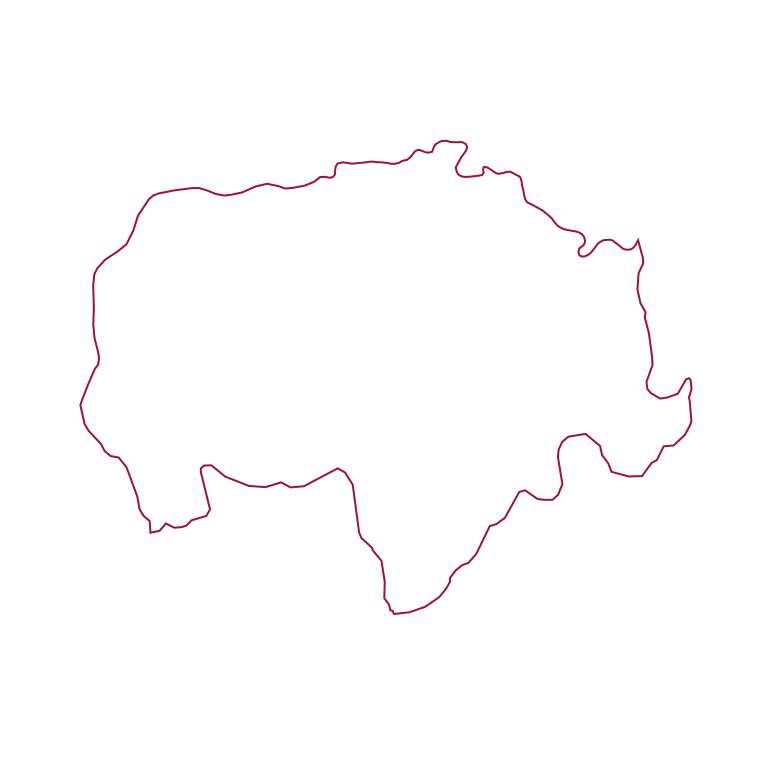 San Manuel Chaparrón, Jalapa, Guatemala, rotated 170°
{"feature_id": "79465075B10388039742951", "entity_name": "San Manuel Chaparrón", "entity_type": "district", "adm_level": 2, "iso_a3": "GTM", "parent_name": "Guatemala", "parent_adm1": "Jalapa", "projection": "natural_earth1", "projection_center": [-89.778, 14.534], "detail": "fine", "context": "isolated", "style": "outline", "palette": "rose", "viewbox_px": 768, "rotation_deg": 170, "n_neighbors": 0, "source": "geoboundaries", "source_scale": "gbopen_adm2", "svg_char_len": 3492}
<svg xmlns="http://www.w3.org/2000/svg" viewBox="0 0 768 768"><g transform="rotate(170 384 384)"><path d="M685.8,396.5L683.0,389.1L673.1,374.0L670.7,366.4L665.7,360.5L658.0,357.6L652.0,346.6L646.5,316.0L646.5,303.0L643.6,295.8L638.6,289.8L639.8,278.1L630.5,278.4L623.0,284.5L615.5,278.9L608.3,278.2L603.2,278.9L597.1,283.2L582.0,284.9L577.1,290.7L579.7,329.4L579.0,332.7L575.3,334.9L568.1,333.9L556.5,320.4L534.8,307.1L518.7,303.0L502.4,305.0L494.0,298.4L480.6,297.2L444.3,309.0L437.7,303.6L432.3,290.3L434.3,242.0L433.0,236.3L424.2,224.7L424.0,222.3L417.2,210.3L417.6,189.1L420.9,173.0L417.3,165.6L417.0,159.9L414.9,159.2L414.2,155.8L398.7,154.8L382.3,157.4L366.6,164.5L358.0,172.0L353.3,177.9L352.9,181.3L346.0,187.8L338.9,191.9L331.9,193.2L322.6,200.7L304.6,225.6L297.5,226.6L288.3,231.1L269.5,254.2L263.5,254.8L252.9,244.2L246.1,242.0L237.9,240.7L231.7,244.8L225.7,254.4L225.4,281.5L223.5,288.9L218.5,296.1L211.5,300.1L194.2,299.9L182.0,285.4L181.6,276.1L176.9,266.8L175.2,258.0L159.2,250.5L145.9,248.5L134.2,259.8L128.5,261.7L119.3,274.1L109.5,273.2L96.8,281.4L89.9,290.0L87.7,294.0L85.9,314.2L86.0,317.8L82.1,325.5L81.3,334.9L82.7,336.7L85.6,336.2L96.3,323.4L107.5,321.5L114.6,321.7L122.8,328.7L125.5,333.4L125.1,340.6L116.3,356.0L115.3,364.1L114.3,387.7L115.6,404.1L114.0,409.3L117.4,419.1L118.0,433.2L114.0,449.0L107.7,457.9L107.2,463.6L108.8,481.5L112.5,476.8L114.7,475.0L117.3,473.8L120.0,473.8L123.7,474.8L125.3,476.0L126.7,477.6L128.3,479.4L130.1,481.5L131.9,483.3L133.8,485.5L136.2,486.8L140.7,487.4L143.0,487.5L146.0,486.5L148.7,485.3L150.2,484.1L153.0,481.2L157.4,477.5L160.1,475.9L163.6,474.9L165.4,474.8L168.1,475.7L169.4,477.5L169.5,480.7L168.2,483.5L163.4,486.1L161.8,488.1L161.1,490.4L161.5,494.2L163.3,497.5L165.0,498.8L167.0,500.2L169.8,501.4L173.7,502.7L177.5,504.2L180.0,505.3L182.1,506.8L183.9,508.1L185.5,509.7L187.8,513.5L189.0,515.8L189.9,517.8L191.7,520.3L197.8,527.4L203.2,531.8L207.7,535.3L211.2,537.8L212.8,541.0L213.2,545.2L213.2,547.5L213.1,550.9L213.6,554.8L213.3,558.9L213.6,562.5L214.3,564.6L218.4,567.7L221.5,570.3L223.9,571.4L227.1,571.5L230.1,571.0L232.1,571.1L234.8,571.1L237.4,572.4L240.3,575.4L243.5,578.4L245.5,579.8L248.1,580.3L249.3,577.7L249.1,574.7L251.0,572.8L253.6,572.7L261.7,573.1L264.9,573.4L268.3,573.9L271.3,574.9L273.6,576.6L274.9,578.3L275.7,581.9L275.6,585.1L268.6,593.8L265.1,597.1L263.2,599.1L261.0,602.2L261.7,606.0L264.2,608.1L266.1,608.9L268.3,609.1L270.7,609.5L273.9,610.1L277.1,611.0L280.5,612.8L286.0,613.2L290.9,611.4L292.8,610.0L294.7,607.1L296.2,604.4L299.9,604.1L302.5,604.8L304.9,606.2L306.7,607.4L308.9,608.5L311.4,608.4L313.9,607.1L316.3,604.8L318.5,602.9L320.3,601.8L322.4,600.8L327.6,600.5L330.8,599.2L332.7,599.1L335.0,599.0L337.2,599.3L339.1,599.7L342.7,601.2L345.6,602.0L347.4,602.6L350.3,603.2L352.9,603.8L355.2,604.5L357.4,605.2L365.5,605.6L369.7,606.0L376.6,606.4L378.5,606.9L382.3,608.3L385.9,609.4L388.5,609.4L391.4,609.2L394.0,606.2L394.8,603.7L396.0,598.8L398.6,596.6L402.6,596.7L405.1,598.1L411.0,598.9L417.6,595.3L427.8,593.1L439.9,593.0L447.5,593.7L453.8,597.3L464.4,601.5L476.3,600.8L490.3,597.3L501.9,596.9L508.5,597.3L516.5,600.3L525.3,605.7L532.6,609.3L539.7,610.3L557.2,611.1L572.8,610.8L578.7,609.7L583.3,606.9L597.1,592.4L604.1,578.8L613.4,566.3L623.6,560.7L637.1,554.8L646.5,547.5L650.4,542.0L653.3,531.4L656.6,508.9L660.1,492.5L661.1,478.7L660.2,468.2L660.0,459.6L662.1,452.7L666.0,449.3L675.5,434.9L684.1,420.8L686.7,416.0L685.8,396.5Z" fill="none" stroke="#9f1239" stroke-width="2"/></g></svg>